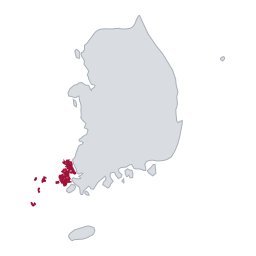 location of Sinan-gun, South Jeolla, South Korea
{"feature_id": "91817680B46467557111645", "entity_name": "Sinan-gun", "entity_type": "district", "adm_level": 2, "iso_a3": "KOR", "parent_name": "South Korea", "parent_adm1": "South Jeolla", "projection": "orthographic", "projection_center": [125.994, 34.593], "detail": "fine", "context": "in_parent", "style": "filled", "palette": "rose", "viewbox_px": 256, "rotation_deg": 0, "n_neighbors": 0, "source": "geoboundaries", "source_scale": "gbopen_adm2", "svg_char_len": 8451}
<svg xmlns="http://www.w3.org/2000/svg" viewBox="0 0 256 256"><path d="M83.5,51.0L84.5,50.2L84.5,49.1L84.5,45.4L87.3,42.8L91.3,37.5L93.3,34.6L95.5,31.9L98.1,30.1L100.7,29.2L104.8,28.8L112.5,29.0L114.0,28.7L119.4,28.3L120.7,28.8L124.6,29.0L129.0,28.6L131.1,27.8L133.1,26.4L134.8,24.0L136.5,19.5L138.4,16.0L139.5,15.4L147.9,33.6L155.9,45.4L162.7,53.8L172.6,70.2L175.6,79.0L176.1,84.5L177.9,92.1L176.7,96.5L177.4,103.3L176.9,106.9L175.8,109.5L176.0,114.5L176.4,117.2L176.6,120.7L177.4,122.0L178.5,122.5L180.2,121.2L182.3,120.6L182.0,124.8L179.9,135.7L177.9,143.6L175.1,150.5L171.4,156.9L166.9,159.5L163.6,160.5L157.4,161.0L152.2,160.1L147.8,160.9L146.0,162.3L144.7,164.5L145.8,168.0L145.7,170.5L143.8,170.4L140.0,169.0L135.8,168.9L133.8,168.2L131.8,164.6L129.7,164.7L126.3,167.0L120.9,167.6L119.0,168.8L118.4,170.3L119.2,172.2L122.0,174.7L121.1,177.2L118.3,178.6L116.0,175.5L114.5,172.4L112.9,172.3L110.5,173.2L110.0,176.5L111.2,178.7L113.1,181.3L110.5,184.4L109.8,186.5L107.9,188.1L102.7,184.7L103.4,182.3L105.7,179.9L105.9,177.5L105.1,176.1L97.9,182.3L93.4,189.3L90.9,188.8L89.9,187.0L88.5,186.3L83.6,190.8L82.7,194.4L80.9,194.5L80.1,193.0L80.0,189.8L79.2,187.1L74.1,183.2L71.7,179.7L73.0,177.8L77.2,178.8L80.6,178.6L79.9,177.0L78.8,176.2L81.0,175.3L82.9,173.4L81.3,172.9L79.0,174.0L77.0,173.5L76.2,168.9L73.8,164.3L72.6,159.8L74.9,157.2L76.1,153.1L78.2,147.3L79.3,145.4L82.3,144.0L83.4,142.5L81.7,141.7L79.1,141.0L79.2,139.3L80.9,138.4L82.9,136.5L86.8,134.3L88.0,130.0L86.9,128.9L84.4,127.9L85.0,125.8L85.9,124.1L85.6,123.1L82.7,120.4L80.8,117.8L81.3,115.0L80.9,110.6L81.1,106.9L81.0,105.0L79.6,100.5L78.9,96.0L77.1,96.7L75.6,97.8L70.4,96.2L68.7,96.1L68.0,92.8L69.9,88.7L74.3,85.1L76.9,84.6L78.8,83.0L81.8,82.5L85.4,85.0L88.7,85.4L90.5,89.6L91.6,90.5L91.8,89.0L94.4,87.1L95.0,85.7L94.5,85.0L91.5,84.3L88.7,79.0L88.3,76.7L87.3,75.3L88.8,71.1L85.6,66.3L84.1,64.8L84.3,60.5L82.6,57.8L81.7,56.3L81.2,53.7L81.6,52.5L83.0,52.1L83.5,51.0ZM74.0,239.7L72.5,240.6L71.0,240.1L70.7,239.7L68.9,237.3L68.5,236.1L69.6,233.8L74.4,229.9L86.7,226.2L88.9,226.0L93.8,227.5L94.9,230.5L94.0,233.0L92.9,234.7L87.3,237.7L82.9,239.1L74.0,239.7ZM155.9,173.3L152.8,175.9L148.3,172.6L147.3,170.7L150.5,167.9L153.2,164.6L155.0,164.4L155.9,173.3ZM132.9,173.5L132.7,177.6L130.2,177.8L128.8,175.2L127.3,176.5L126.5,176.6L125.2,173.3L125.0,170.8L127.7,168.8L129.5,170.0L131.9,170.5L132.9,173.5ZM70.7,192.2L68.5,192.9L67.3,191.5L66.4,191.1L66.9,189.2L70.5,185.5L71.2,184.3L74.4,185.0L75.7,186.9L74.2,189.9L70.7,192.2ZM79.8,52.9L79.6,58.3L77.8,58.1L76.6,57.6L76.1,56.5L74.8,51.4L76.2,49.3L78.9,51.0L79.8,52.9ZM68.6,177.3L68.1,178.3L66.6,178.0L65.1,175.2L64.5,172.9L63.0,171.7L65.4,169.7L68.4,173.2L68.6,177.3ZM76.6,104.4L76.2,107.0L74.0,105.3L73.3,99.4L75.6,101.1L76.6,104.4ZM224.1,59.7L222.6,61.0L220.8,59.8L220.5,58.5L221.4,57.4L223.5,56.6L224.6,57.5L224.1,59.7ZM88.5,193.3L89.1,195.2L86.3,194.9L84.8,193.0L85.0,191.4L86.6,191.1L88.5,193.3ZM124.0,181.6L123.7,182.9L121.9,181.0L123.6,178.8L124.0,181.6Z" fill="#d9dde1" stroke="#a8b0b8" stroke-width="1"/><path d="M67.4,176.4L67.2,176.2L67.2,175.9L67.1,175.7L66.3,175.8L65.8,176.1L65.8,176.5L65.3,177.4L65.3,178.3L66.2,178.6L66.6,178.9L66.8,179.4L67.2,179.4L68.0,179.2L69.3,178.1L69.3,177.5L68.6,176.6L68.4,176.5L67.4,176.4ZM65.8,169.8L65.5,169.1L65.3,169.0L65.0,169.0L64.9,169.7L64.7,169.8L63.9,169.9L63.6,169.6L63.1,170.6L62.5,171.2L62.0,171.4L61.9,171.6L62.3,171.8L62.6,172.0L63.8,172.2L63.9,172.6L64.1,172.7L65.0,172.6L65.8,172.2L66.3,171.6L66.4,170.3L65.8,169.8ZM67.1,162.3L67.3,161.6L68.6,160.3L67.0,160.3L66.8,160.5L66.0,161.7L65.6,162.0L65.0,162.1L64.9,161.5L64.8,161.9L64.6,162.0L64.3,161.5L64.3,161.8L64.4,162.1L64.2,162.4L64.2,163.1L64.5,163.8L65.8,164.3L66.4,164.4L67.1,163.8L67.5,163.3L67.1,162.3ZM71.4,162.2L70.6,162.2L70.0,161.8L69.3,161.7L68.7,162.0L68.3,162.6L68.3,163.0L68.5,163.3L68.9,163.6L70.0,164.1L70.8,164.2L70.7,164.7L70.4,164.8L70.3,165.0L70.6,164.8L70.8,164.9L70.8,165.6L71.2,165.5L71.4,165.8L71.6,165.9L71.8,165.8L71.9,165.5L71.7,164.5L72.0,164.0L71.7,163.7L71.6,163.1L71.4,163.0L71.4,162.2ZM62.9,176.1L62.9,174.5L62.6,174.4L61.6,175.2L61.1,175.4L59.6,175.5L59.2,177.2L59.8,178.3L60.9,177.9L61.1,177.4L60.9,176.8L61.5,176.8L62.8,176.3L62.9,176.1ZM73.4,170.1L73.1,169.6L72.5,169.9L72.4,170.2L72.5,170.4L73.1,170.6L73.1,171.0L72.3,171.3L72.2,171.9L71.5,172.2L70.8,172.0L70.4,172.6L71.6,172.9L71.9,172.9L72.4,172.5L72.7,172.5L73.4,173.0L73.6,172.8L74.3,172.8L74.2,173.5L74.4,173.8L74.8,173.9L75.0,173.7L75.4,173.1L75.3,172.4L74.8,172.1L73.8,172.0L73.7,171.7L74.0,171.0L73.8,170.1L73.4,170.1ZM62.8,178.5L61.8,177.4L61.5,177.3L61.2,178.1L60.3,178.3L60.2,178.5L60.2,179.8L60.7,179.8L60.7,180.0L61.0,180.0L60.9,180.1L61.3,180.1L61.3,180.4L61.6,180.5L62.2,180.4L62.5,179.7L63.3,179.5L63.4,179.4L63.1,178.0L62.9,177.6L62.9,177.9L62.9,178.3L62.8,178.5ZM68.9,166.5L68.3,165.3L67.7,165.3L66.1,166.2L66.0,166.5L67.2,166.6L67.4,167.0L67.5,167.3L67.2,168.0L67.2,168.6L67.8,168.7L68.3,168.9L68.5,168.9L69.0,168.1L68.9,166.5ZM68.4,172.0L67.6,171.3L66.8,171.3L66.6,171.6L66.6,171.9L67.0,172.2L66.9,172.4L65.5,172.5L64.9,172.9L65.9,174.1L66.2,174.8L66.4,174.8L67.0,174.6L67.0,173.5L67.2,173.2L67.4,173.1L67.6,173.5L68.1,173.0L68.1,172.8L67.5,172.5L67.4,172.3L67.7,172.1L68.4,172.1L68.4,172.0ZM70.4,181.9L69.4,181.5L69.0,180.6L68.5,180.1L68.2,180.0L67.6,180.0L67.1,180.2L66.9,180.3L66.7,180.8L67.2,182.1L68.9,182.2L69.2,182.0L70.1,182.0L70.4,181.9ZM66.0,184.9L66.6,183.6L66.6,183.4L65.6,182.3L65.6,181.7L65.4,181.6L64.7,181.6L64.7,182.2L65.0,182.2L64.9,182.5L65.5,183.2L65.6,183.7L65.2,184.4L63.9,184.7L64.0,185.1L64.5,184.7L64.8,184.7L65.0,185.0L64.2,185.3L64.0,185.6L64.4,185.8L65.5,185.3L66.0,184.9ZM64.8,183.9L64.9,183.5L64.5,182.6L64.4,182.0L64.4,181.7L64.9,180.5L64.9,180.3L64.6,180.0L64.0,181.0L63.3,181.3L63.2,181.5L63.6,181.9L63.5,182.8L63.9,183.0L63.6,183.4L63.5,184.0L63.8,184.3L64.2,184.1L64.6,184.2L64.8,183.9ZM68.7,176.3L68.6,173.7L67.7,174.1L67.6,174.5L67.0,174.9L65.8,175.1L66.1,175.5L67.1,175.5L67.5,176.1L67.8,176.3L68.7,176.3ZM44.5,179.4L44.7,178.7L44.4,179.3L44.2,179.3L43.5,178.9L42.9,179.0L42.9,179.4L42.2,180.6L42.3,182.0L42.6,182.1L42.9,181.8L43.1,181.0L43.6,180.4L44.0,180.2L44.2,179.6L44.5,179.4ZM69.1,164.3L67.6,164.1L67.3,164.8L68.1,165.0L69.1,165.6L69.4,165.6L69.6,165.5L69.6,165.1L69.3,164.5L69.1,164.3ZM33.4,205.7L33.7,205.6L33.6,205.1L33.2,204.9L32.8,203.9L32.1,203.6L31.8,203.6L31.9,203.9L31.9,204.5L32.3,204.9L32.6,205.5L33.4,205.7ZM58.2,182.9L58.2,181.7L57.7,181.7L56.4,182.0L56.8,182.7L56.8,182.8L56.3,182.7L56.2,182.9L56.3,183.2L56.6,183.2L58.2,182.9ZM69.7,169.7L70.1,169.1L70.3,168.0L70.5,167.5L70.6,167.1L70.4,166.9L70.1,166.9L69.6,167.6L69.4,169.2L69.5,169.6L69.7,169.7ZM35.0,180.1L35.7,179.8L36.2,179.0L36.2,178.2L36.1,177.9L35.8,177.9L35.5,178.2L35.4,179.0L34.8,179.6L35.0,180.1ZM69.1,179.9L69.7,179.4L69.8,178.6L68.9,178.7L68.4,179.1L68.6,179.5L69.1,179.9ZM65.9,181.6L65.6,181.1L65.7,179.8L65.6,179.3L65.3,179.1L65.2,179.8L65.2,180.7L65.7,181.6L65.9,181.6ZM63.5,183.2L62.8,181.6L62.6,181.9L62.8,182.4L62.5,182.6L62.3,183.3L62.7,182.9L62.9,182.9L63.1,183.3L63.5,183.2ZM44.9,177.4L44.2,177.1L43.6,176.7L44.5,178.3L44.6,177.8L45.3,177.6L44.7,177.1L44.9,177.4ZM65.6,175.0L65.7,174.8L65.5,174.3L64.7,173.5L64.4,173.7L64.9,174.3L65.3,175.0L65.6,175.0ZM38.6,190.3L38.5,189.9L38.6,189.6L39.3,188.7L39.3,188.4L39.0,188.3L38.4,189.0L38.3,190.0L38.4,190.3L38.6,190.3ZM62.1,181.9L61.4,181.0L60.9,181.3L61.3,181.9L61.3,181.7L61.7,182.1L62.1,182.1L62.1,181.9ZM64.1,177.7L63.8,176.9L63.8,176.2L63.5,176.2L63.4,177.0L63.5,177.6L64.0,177.8L64.1,177.7ZM72.5,168.0L71.9,167.5L71.9,167.9L71.7,167.9L71.9,168.2L72.1,168.1L72.3,168.2L72.2,168.5L72.4,168.5L72.2,168.7L72.3,168.9L72.5,168.8L72.8,169.0L72.9,168.9L72.5,168.0ZM71.4,169.7L71.0,169.0L70.5,169.1L70.4,169.6L70.5,169.8L71.4,169.7ZM63.8,163.2L63.9,162.7L63.5,162.2L63.1,162.3L63.3,163.0L63.5,163.2L63.8,163.2ZM71.5,167.3L72.0,167.2L72.0,166.7L71.8,166.3L71.3,166.3L71.5,166.7L71.5,167.3ZM39.4,191.8L38.7,191.0L38.6,191.6L38.9,192.1L39.2,192.1L39.4,191.8ZM35.1,204.5L35.1,203.7L34.7,203.4L34.6,204.2L34.9,204.6L35.1,204.5ZM69.1,171.4L69.1,170.8L69.2,170.6L69.0,170.3L68.9,170.4L69.0,170.5L68.6,170.8L68.7,171.2L69.1,171.4ZM65.3,176.8L65.3,176.6L65.1,176.2L65.2,175.8L64.7,175.9L64.5,176.2L65.3,176.8ZM45.1,181.2L45.3,180.9L45.3,180.7L44.8,180.6L44.5,181.2L45.1,181.2ZM58.6,182.1L58.4,182.1L58.6,183.0L58.5,182.3L59.3,182.7L58.6,182.1ZM32.2,202.9L31.7,202.7L31.4,202.7L31.4,202.9L32.2,202.9Z" fill="#f43f5e" stroke="#9f1239" stroke-width="1.5"/></svg>